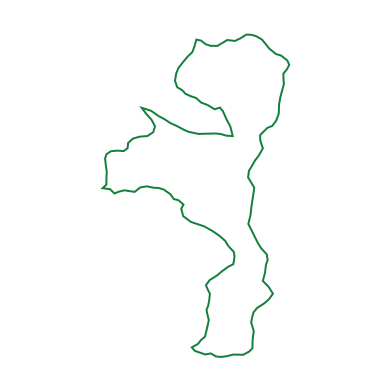 Americano do Brasil, Goiás, Brazil, rotated 95°
{"feature_id": "56859067B95851726668202", "entity_name": "Americano do Brasil", "entity_type": "district", "adm_level": 2, "iso_a3": "BRA", "parent_name": "Brazil", "parent_adm1": "Goiás", "projection": "natural_earth1", "projection_center": [-49.994, -16.275], "detail": "fine", "context": "isolated", "style": "outline", "palette": "green", "viewbox_px": 384, "rotation_deg": 95, "n_neighbors": 0, "source": "geoboundaries", "source_scale": "gbopen_adm2", "svg_char_len": 2132}
<svg xmlns="http://www.w3.org/2000/svg" viewBox="0 0 384 384"><g transform="rotate(95 192 192)"><path d="M346.8,178.6L350.0,175.4L352.7,164.6L351.2,159.3L353.7,153.8L353.8,148.8L352.7,143.6L350.3,136.4L349.7,126.9L345.9,121.0L342.3,118.2L332.6,118.8L325.3,118.3L321.1,120.0L316.9,121.7L311.8,121.2L306.5,120.2L302.0,117.2L296.5,110.2L292.1,106.0L286.3,102.5L280.0,107.2L274.4,113.7L266.2,112.2L257.9,112.0L253.3,110.7L247.7,112.0L242.2,118.0L237.4,121.7L218.9,133.1L210.0,131.7L200.6,131.5L188.8,130.7L182.2,130.4L172.5,137.4L165.9,137.1L161.5,134.9L155.3,132.1L150.2,128.8L142.4,125.2L134.7,128.5L129.4,129.1L121.6,122.6L119.3,118.0L114.0,114.5L106.5,112.4L97.0,112.9L89.6,112.2L76.6,109.9L70.5,110.8L66.2,111.3L61.6,108.2L56.9,106.2L52.7,108.5L48.3,115.2L47.2,120.5L42.4,127.5L37.7,132.0L34.0,135.6L31.3,141.4L30.2,146.4L30.5,151.6L34.8,157.3L37.8,162.5L37.5,170.0L40.9,174.8L44.2,179.4L44.8,186.0L43.6,191.2L40.4,196.2L39.8,200.9L47.4,202.4L52.7,203.9L57.6,208.2L63.9,212.6L69.6,216.3L75.4,218.1L82.8,218.6L89.0,215.8L91.4,210.7L94.7,207.1L96.6,201.9L98.0,196.1L102.1,190.7L104.0,184.0L107.6,176.7L105.5,171.6L108.7,168.3L116.3,164.1L123.5,159.5L132.7,156.3L132.9,162.5L131.7,168.6L131.7,173.8L132.7,183.0L133.6,190.4L132.4,200.4L130.9,205.0L127.5,213.1L125.2,219.6L122.1,225.3L119.3,231.8L114.6,240.0L112.5,249.5L117.5,245.0L123.3,238.8L129.7,234.6L135.8,235.8L140.1,241.3L141.5,249.2L144.1,255.7L148.8,259.9L154.0,260.0L157.2,263.7L157.3,270.2L158.5,276.4L161.9,280.6L166.4,281.5L173.1,280.1L179.7,278.6L184.8,278.5L192.2,278.0L196.0,281.4L196.3,273.9L200.2,269.2L197.9,264.5L196.2,259.5L196.9,249.2L192.0,244.0L190.3,237.5L191.1,230.6L190.9,225.8L192.0,220.3L196.3,213.1L200.6,209.6L201.3,204.9L205.2,199.4L209.6,201.2L216.8,198.7L221.9,190.5L225.2,176.8L229.5,167.3L233.3,160.8L237.7,154.8L242.6,151.1L248.1,145.1L252.0,144.1L256.5,144.1L260.4,144.7L263.2,149.3L268.5,155.4L272.7,159.5L278.3,166.8L283.6,170.0L288.2,167.6L291.8,165.3L298.0,165.4L303.9,166.0L308.2,167.3L313.1,165.8L318.1,164.1L322.4,164.6L328.7,165.5L335.1,166.5L338.9,170.3L342.7,172.7L346.8,178.6Z" fill="none" stroke="#15803d" stroke-width="2"/></g></svg>